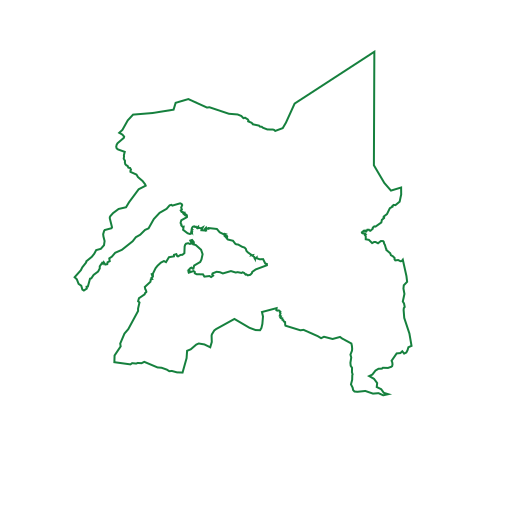 the district of Salangen nor, Troms, Norway, rotated 341°
{"feature_id": "86288312B52632964277123", "entity_name": "Salangen nor", "entity_type": "district", "adm_level": 2, "iso_a3": "NOR", "parent_name": "Norway", "parent_adm1": "Troms", "projection": "orthographic", "projection_center": [17.874, 68.875], "detail": "fine", "context": "isolated", "style": "outline", "palette": "green", "viewbox_px": 512, "rotation_deg": 341, "n_neighbors": 0, "source": "geoboundaries", "source_scale": "gbopen_adm2", "svg_char_len": 6135}
<svg xmlns="http://www.w3.org/2000/svg" viewBox="0 0 512 512"><g transform="rotate(341 256 256)"><path d="M77.6,217.0L79.0,219.7L79.2,224.6L81.1,227.2L80.9,231.2L82.0,232.6L85.4,231.7L85.8,229.9L87.1,230.1L91.7,223.4L93.0,223.5L96.3,221.0L101.6,219.3L104.2,216.9L104.9,214.9L108.3,212.4L108.8,213.5L110.0,212.3L110.7,215.0L112.7,215.3L113.6,213.6L116.0,213.3L116.5,210.5L119.5,209.7L123.9,207.1L131.2,206.5L144.2,201.9L148.5,199.1L153.4,198.2L159.6,195.2L163.4,194.9L171.4,187.8L178.9,183.8L186.8,182.3L190.8,180.0L192.7,180.1L193.3,181.1L201.4,181.5L202.6,182.6L202.8,183.8L201.0,185.9L201.0,188.0L199.7,188.4L200.0,190.1L201.2,190.7L201.2,191.8L202.6,191.8L202.6,192.7L201.4,192.8L202.2,194.3L202.9,193.5L203.8,194.6L203.8,195.7L203.3,196.8L197.0,197.9L195.5,200.1L195.4,201.0L195.8,201.8L195.3,202.8L196.1,204.5L197.1,204.7L195.6,207.5L198.7,212.2L200.7,213.7L202.7,213.6L203.0,213.1L202.2,213.2L202.3,212.6L202.8,211.8L203.1,212.6L203.4,211.0L204.4,210.4L203.9,209.7L204.6,208.7L205.7,207.8L207.2,207.8L207.8,208.7L208.7,208.7L209.3,210.1L210.7,209.6L210.2,210.8L211.8,211.0L212.8,212.0L215.0,211.6L212.9,213.9L215.4,215.0L215.9,214.5L216.6,215.7L217.1,215.7L217.1,213.5L218.0,213.0L218.0,214.0L219.9,214.8L220.2,214.1L227.8,217.7L229.4,221.8L232.7,225.1L233.3,224.7L234.3,225.4L233.1,225.8L233.9,226.9L233.0,227.1L233.6,228.3L235.0,227.7L235.1,228.3L234.1,229.9L234.8,231.3L239.2,234.1L240.4,237.7L241.1,238.5L242.9,239.4L245.8,242.7L247.9,244.3L248.7,246.0L248.6,247.9L249.4,249.8L252.2,253.7L251.9,253.9L252.9,254.1L252.2,254.5L253.2,254.4L253.1,255.0L254.1,256.5L253.9,257.8L254.0,258.2L254.2,257.5L255.0,258.2L256.1,257.7L255.9,258.3L258.4,260.3L261.7,261.3L262.3,266.1L263.7,267.1L263.3,268.3L251.4,268.6L247.3,269.8L246.5,270.9L244.5,271.9L241.9,271.6L240.9,270.2L240.1,270.2L239.3,268.2L238.1,267.1L236.8,267.3L233.4,265.3L231.4,265.0L227.4,262.1L219.0,261.7L216.5,259.5L213.6,258.1L209.3,258.3L208.6,259.2L209.1,260.6L206.7,261.3L205.5,259.8L200.5,258.7L199.9,256.1L193.9,253.9L192.5,252.4L192.9,251.0L192.0,249.9L187.0,249.9L187.0,248.9L188.4,248.4L188.5,247.5L187.9,247.2L190.2,246.0L191.3,246.0L191.9,247.3L192.7,247.6L194.4,244.9L201.3,243.5L203.3,241.5L206.1,236.9L206.1,232.2L202.6,226.0L200.4,224.5L200.8,223.3L201.5,223.3L201.7,222.6L200.8,220.0L198.9,220.0L199.1,221.6L200.0,222.2L200.2,223.4L197.3,223.0L196.0,221.8L193.8,221.6L192.6,222.4L191.6,223.8L189.2,230.0L186.8,230.9L185.0,230.4L182.1,231.0L181.5,230.5L181.3,228.3L178.9,228.2L178.3,229.6L173.3,228.8L168.9,232.5L167.3,230.8L163.9,231.3L159.8,233.1L157.1,234.8L152.7,239.2L151.5,239.2L151.5,240.3L152.3,240.5L151.8,241.9L150.0,242.7L150.3,244.0L148.9,243.9L147.8,246.0L140.8,249.1L140.5,251.4L140.8,252.6L140.7,254.1L140.4,254.5L139.2,254.8L138.2,256.0L131.6,257.8L129.8,260.4L130.7,262.0L127.4,267.3L126.6,269.6L111.4,283.6L106.4,286.5L99.1,294.6L98.6,297.4L89.9,304.0L87.5,310.3L102.0,317.6L104.0,317.0L107.7,318.7L109.3,318.6L112.9,320.1L115.9,319.7L126.6,329.3L130.3,330.9L134.7,334.4L136.5,336.7L139.0,337.3L143.4,340.3L148.6,342.3L157.1,330.0L160.0,323.2L163.9,323.0L170.7,320.3L173.4,320.1L178.4,322.8L183.0,327.4L186.2,322.9L188.1,316.8L188.8,315.7L192.3,312.8L194.5,312.1L215.1,308.5L226.4,321.7L231.5,325.9L235.7,327.5L237.7,325.8L239.9,322.3L242.9,315.5L243.4,310.9L258.5,312.0L257.6,313.8L258.3,314.6L259.9,314.9L260.9,316.6L260.2,317.3L260.5,318.2L259.0,320.2L260.0,321.1L258.9,322.1L259.3,322.9L260.6,323.5L260.2,325.0L260.9,325.5L261.0,327.0L262.0,327.9L261.2,330.5L261.2,331.5L273.8,340.7L276.9,341.3L288.3,351.9L290.8,354.9L294.0,354.5L301.4,359.4L309.1,359.9L310.6,362.1L317.7,369.8L317.4,372.3L316.7,375.1L315.9,376.8L313.2,380.0L313.0,383.0L310.5,387.7L309.8,390.6L310.4,393.0L308.9,397.1L308.8,399.4L308.2,400.1L306.6,404.4L304.0,408.3L304.5,411.9L304.2,414.4L305.0,416.2L307.6,417.4L315.4,419.2L321.8,424.2L327.2,425.6L330.9,429.1L336.0,429.7L332.3,427.0L331.0,422.7L327.5,419.2L329.2,415.6L327.6,410.6L323.9,406.4L327.4,406.0L331.7,403.2L335.1,402.5L338.3,403.5L339.6,403.0L344.3,404.8L347.9,404.8L348.9,404.4L349.8,402.9L350.2,401.0L350.1,399.2L357.3,393.9L360.9,394.8L363.3,393.7L364.3,396.5L366.7,396.2L368.6,394.4L370.4,391.9L373.8,391.6L375.8,379.3L376.0,362.8L378.0,355.1L378.8,353.4L380.0,352.6L380.5,349.1L380.0,346.8L384.0,340.2L384.8,334.8L386.2,331.8L390.5,329.6L391.7,324.0L393.6,307.3L392.2,308.2L390.9,308.0L389.1,306.1L386.3,305.5L385.9,304.3L386.4,303.0L385.4,300.9L383.8,299.1L383.8,297.1L381.2,292.7L381.5,291.9L381.3,291.4L381.5,287.4L381.2,286.0L381.4,284.1L381.0,283.3L379.0,282.5L375.5,283.7L373.6,281.7L372.3,281.2L370.0,281.6L368.0,277.5L365.2,275.9L366.2,273.0L365.8,271.7L366.7,271.3L366.2,270.8L366.5,270.5L366.3,270.0L364.5,269.5L363.8,268.8L363.8,268.1L366.2,267.2L367.9,268.4L368.0,267.8L368.8,268.3L369.8,267.4L371.3,267.9L371.6,268.9L372.4,269.4L375.3,268.2L375.7,267.2L377.5,266.5L378.6,267.1L385.4,265.1L386.8,262.8L389.5,261.8L389.7,261.2L389.3,260.7L389.6,260.3L393.5,259.0L398.1,254.4L401.1,253.8L401.0,253.3L402.7,252.5L404.4,253.3L409.5,251.4L413.3,245.1L415.5,238.5L404.9,238.1L401.1,228.7L397.0,208.6L434.4,101.4L343.1,124.2L342.1,124.5L327.7,139.7L322.9,143.8L314.9,144.0L314.2,142.7L313.1,141.9L308.0,140.1L304.3,137.0L303.5,135.7L301.8,134.9L301.3,133.7L295.8,130.4L295.8,129.7L295.1,128.5L292.5,126.2L293.0,125.6L292.7,124.2L290.7,121.7L289.0,121.6L287.7,118.8L284.7,116.2L276.7,112.7L260.4,100.2L258.0,99.7L243.1,85.6L229.9,85.0L225.7,90.8L204.6,87.1L185.8,82.3L178.9,86.0L170.7,93.3L166.8,95.0L169.2,97.7L170.2,100.2L169.6,101.2L161.8,104.3L160.5,105.4L159.4,107.2L159.3,108.9L160.2,110.3L165.8,114.8L163.9,117.7L163.6,119.0L162.6,120.9L163.1,123.4L162.5,124.8L162.3,126.6L163.0,128.2L163.9,128.9L164.1,130.9L165.6,131.8L165.8,133.1L165.9,133.7L164.9,134.7L164.7,135.6L169.5,140.1L170.1,143.0L173.2,148.2L174.5,152.1L174.6,153.6L166.8,154.7L153.5,163.8L149.0,167.6L141.4,166.8L134.8,168.9L131.4,170.8L130.4,171.7L130.0,172.9L129.2,182.0L128.4,182.7L121.4,182.2L120.5,182.9L118.6,185.6L118.1,187.9L117.7,192.6L115.8,196.3L111.6,198.7L106.8,198.4L103.8,201.2L100.5,203.3L93.8,205.8L93.3,206.8L88.0,210.2L85.8,212.4L77.6,217.0Z" fill="none" stroke="#15803d" stroke-width="2"/></g></svg>